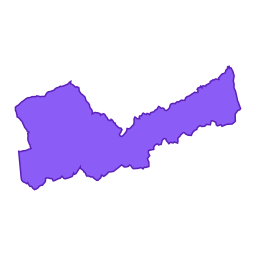 Sete Quedas, Mato Grosso do Sul, Brazil
{"feature_id": "56859067B99302609455873", "entity_name": "Sete Quedas", "entity_type": "district", "adm_level": 2, "iso_a3": "BRA", "parent_name": "Brazil", "parent_adm1": "Mato Grosso do Sul", "projection": "robinson", "projection_center": [-54.99, -23.874], "detail": "fine", "context": "isolated", "style": "filled", "palette": "violet", "viewbox_px": 256, "rotation_deg": 0, "n_neighbors": 0, "source": "geoboundaries", "source_scale": "gbopen_adm2", "svg_char_len": 4663}
<svg xmlns="http://www.w3.org/2000/svg" viewBox="0 0 256 256"><path d="M230.9,67.8L229.1,67.8L227.4,67.9L227.1,69.4L225.8,70.2L225.6,71.5L225.0,72.9L223.8,73.5L222.3,73.8L220.8,75.3L219.6,76.9L218.6,77.9L218.9,79.5L217.3,79.3L215.8,78.9L214.1,79.9L212.9,79.8L211.7,80.8L210.4,81.3L210.1,82.6L209.1,83.6L207.8,84.2L206.3,84.8L205.7,86.2L204.1,85.9L202.2,86.0L201.9,87.8L200.5,86.2L200.0,87.3L198.9,87.7L197.8,88.1L197.1,89.5L198.1,90.4L197.8,92.4L196.3,92.6L194.7,92.2L193.5,93.1L191.8,94.1L190.0,95.4L188.9,96.1L187.3,96.5L185.9,97.5L185.2,99.1L184.7,100.4L183.5,100.4L181.6,100.1L180.2,100.8L179.0,101.9L177.2,101.7L176.0,102.6L175.2,103.6L173.0,103.4L171.2,103.9L170.1,105.2L169.6,107.6L168.1,109.4L166.4,110.6L164.7,110.0L163.8,108.4L162.5,108.0L161.1,108.3L159.9,107.2L158.7,106.4L157.8,107.7L157.0,109.2L155.1,110.2L153.8,111.9L152.0,112.2L150.5,112.8L149.7,114.7L148.3,113.8L147.1,113.4L146.2,114.4L145.1,114.1L143.2,113.1L142.3,114.1L141.5,115.8L139.6,116.0L139.2,117.3L139.6,118.7L138.5,118.7L137.0,118.7L136.0,117.7L134.9,117.0L134.0,119.0L134.1,120.7L134.1,122.1L133.8,124.4L132.3,125.9L131.2,127.2L130.1,128.3L128.6,128.8L127.0,128.5L126.8,130.6L125.5,132.6L124.7,133.7L123.3,135.2L122.2,136.2L121.0,136.4L119.8,135.5L119.4,134.0L120.7,132.6L121.2,131.1L122.0,129.7L120.9,128.1L119.6,128.1L118.1,127.2L117.1,126.2L116.3,125.3L115.4,124.5L115.2,123.1L113.6,122.5L113.2,121.3L112.3,120.1L111.1,119.3L110.7,120.7L109.2,120.1L108.1,119.9L107.2,117.9L105.8,116.3L105.2,115.0L103.9,113.8L102.3,114.0L100.5,115.1L100.1,113.7L98.5,113.0L97.0,112.8L95.5,112.5L94.3,112.6L93.3,113.5L92.2,113.9L92.4,112.1L92.0,110.4L91.4,109.3L89.9,107.5L89.4,104.8L88.5,103.2L87.3,102.1L86.3,101.0L85.6,99.6L85.4,98.2L84.6,96.5L83.4,95.7L82.5,94.6L81.3,94.0L80.4,92.8L79.4,91.2L79.0,89.8L79.0,88.0L78.1,87.2L76.8,86.8L75.7,87.3L74.6,86.4L73.4,85.2L72.5,84.6L70.6,83.7L70.8,81.4L69.7,82.1L68.2,83.7L67.3,84.4L66.1,84.8L64.6,85.5L62.9,86.1L61.6,86.6L60.2,86.2L58.8,87.3L57.0,87.7L55.3,88.6L54.5,89.7L53.0,90.6L50.9,91.3L49.6,91.6L48.3,91.8L46.8,93.0L45.7,94.8L44.9,96.3L43.7,96.5L42.2,96.4L40.3,96.7L38.2,96.1L36.6,95.9L35.7,96.7L34.0,96.6L32.0,96.7L30.8,97.2L29.7,97.7L28.0,97.7L26.0,98.7L24.5,100.0L23.1,101.0L21.7,101.9L20.2,103.3L18.9,104.7L17.9,105.4L16.7,106.1L15.4,107.2L15.5,110.5L16.4,112.3L16.6,113.8L17.0,115.2L17.1,116.9L18.2,117.4L19.8,118.8L20.7,120.1L21.7,121.1L22.5,122.2L23.2,124.3L24.0,125.7L24.4,126.9L25.6,128.6L26.8,130.0L27.3,131.4L28.9,132.3L27.7,133.5L28.1,135.6L27.9,137.5L27.9,139.2L28.1,140.8L28.7,142.1L29.3,143.8L30.1,145.2L30.3,146.9L31.1,148.5L29.8,149.0L28.6,149.2L27.7,149.8L26.4,150.3L24.7,150.7L22.6,150.9L20.8,151.6L18.7,151.3L21.2,178.0L21.6,180.0L22.3,181.0L23.5,182.0L25.0,182.6L26.9,183.7L27.7,182.8L28.8,184.7L29.8,186.3L31.7,186.5L32.6,188.0L34.5,189.6L36.1,189.1L38.0,187.9L39.3,186.2L40.8,185.4L42.5,185.2L43.4,184.0L44.4,182.8L45.4,181.5L45.6,178.3L47.8,177.8L49.9,178.5L52.2,178.7L53.2,180.9L54.3,180.7L58.1,178.8L60.3,178.2L61.1,177.2L61.8,176.2L64.2,178.6L65.7,178.7L67.3,178.2L68.6,177.8L72.1,176.5L73.1,174.6L73.6,173.1L74.4,174.3L76.0,173.6L80.3,166.9L80.3,168.3L83.2,170.4L83.8,171.8L85.2,172.6L85.6,173.8L86.7,176.0L89.0,176.1L90.4,176.9L92.7,176.9L93.7,178.1L96.9,180.4L98.2,180.1L100.9,177.6L101.5,175.1L103.8,176.4L105.9,174.9L107.3,173.6L108.7,172.0L110.6,171.8L112.0,171.7L113.6,171.3L118.9,167.2L121.4,165.0L122.7,165.6L124.3,167.0L126.2,166.9L128.1,166.5L129.8,165.0L131.2,166.1L132.4,168.0L133.5,168.7L137.8,168.4L139.3,168.1L140.4,167.6L142.0,168.1L143.0,168.9L144.3,167.3L146.0,167.4L148.9,166.5L148.9,163.7L148.8,161.9L148.1,160.5L147.4,158.6L149.7,155.6L148.7,153.8L148.4,152.5L148.6,150.5L153.8,149.4L153.7,147.2L154.4,146.0L155.4,144.7L157.5,143.8L158.5,145.0L161.2,144.3L162.2,140.3L164.1,138.5L166.0,139.0L166.2,140.4L167.5,141.9L168.9,143.7L170.5,142.3L173.1,143.0L174.2,142.0L177.6,143.1L178.0,140.8L177.8,138.3L178.8,137.2L179.9,136.3L180.8,134.8L183.2,132.6L184.5,132.8L185.5,133.9L186.5,134.4L188.0,135.2L189.6,135.3L191.3,135.4L192.6,132.4L193.8,131.4L194.5,130.4L196.8,129.5L197.1,128.1L198.1,126.8L200.0,125.6L201.6,126.5L204.3,126.3L205.6,125.6L206.3,124.4L210.3,124.8L211.1,121.2L212.2,120.6L213.9,121.4L215.9,122.4L216.2,124.7L217.4,125.9L220.8,124.6L222.0,126.3L226.6,124.4L230.5,124.1L232.2,124.0L234.6,122.0L235.4,121.0L235.2,117.9L235.2,114.1L237.8,110.5L239.7,109.8L240.6,108.7L239.3,105.2L238.5,102.8L237.6,100.8L237.0,97.9L236.5,95.5L235.9,92.9L235.4,91.0L234.6,89.2L234.0,87.9L234.0,86.3L234.1,84.2L233.5,82.0L233.4,80.2L233.7,78.2L234.1,76.4L233.9,74.9L233.3,73.0L232.5,70.6L230.9,67.8ZM229.1,67.8L229.2,66.4L228.0,66.6L229.1,67.8Z" fill="#8b5cf6" stroke="#5b21b6" stroke-width="1.5"/></svg>